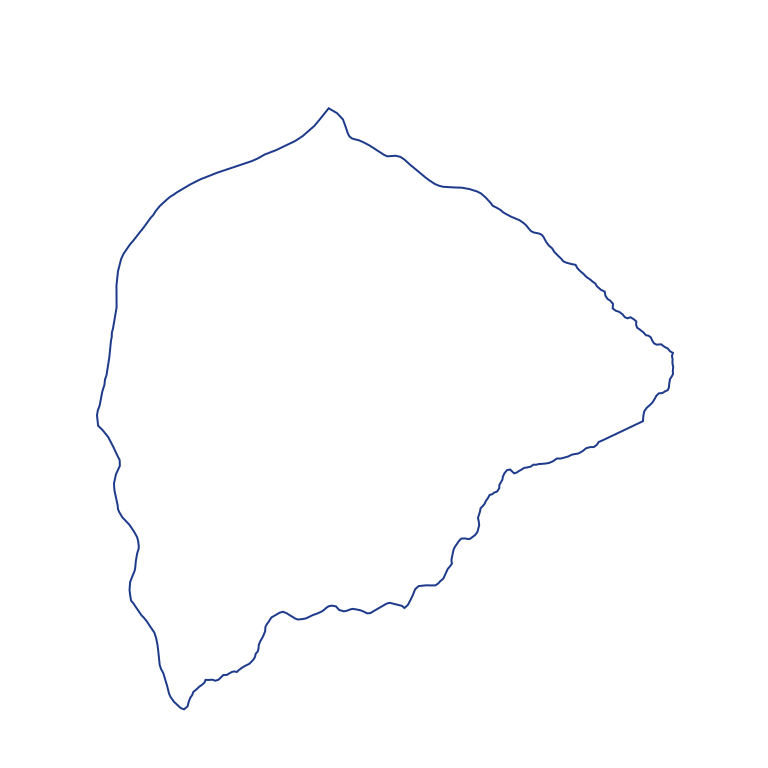 Aparecida do Taboado, Mato Grosso do Sul, Brazil (Natural Earth projection), rotated 169°
{"feature_id": "56859067B67152949964175", "entity_name": "Aparecida do Taboado", "entity_type": "district", "adm_level": 2, "iso_a3": "BRA", "parent_name": "Brazil", "parent_adm1": "Mato Grosso do Sul", "projection": "natural_earth1", "projection_center": [-51.332, -20.072], "detail": "fine", "context": "isolated", "style": "outline", "palette": "blue", "viewbox_px": 768, "rotation_deg": 169, "n_neighbors": 0, "source": "geoboundaries", "source_scale": "gbopen_adm2", "svg_char_len": 4609}
<svg xmlns="http://www.w3.org/2000/svg" viewBox="0 0 768 768"><g transform="rotate(169 384 384)"><path d="M642.4,102.8L638.4,105.0L636.3,109.3L634.1,112.9L631.7,115.2L629.8,118.2L626.4,120.0L623.1,122.1L619.7,123.6L617.1,125.3L615.6,127.6L612.5,126.9L608.9,126.5L606.2,124.9L602.9,125.3L600.5,126.8L597.2,129.0L593.8,128.4L591.2,129.4L588.5,130.3L586.0,130.5L583.4,129.4L581.2,130.8L577.3,132.7L573.7,133.9L569.5,135.1L566.4,137.2L564.4,138.7L562.6,140.9L561.4,143.7L559.1,145.4L557.6,148.4L556.7,151.7L554.7,154.9L551.8,158.2L550.1,160.5L547.9,163.9L546.7,168.2L545.0,170.4L542.4,172.8L539.1,176.3L536.4,177.2L533.6,178.2L530.1,179.4L526.7,179.7L523.2,177.5L520.4,174.8L518.1,172.8L516.3,171.0L513.7,169.3L508.9,168.8L505.5,168.8L501.8,169.7L498.2,170.7L493.5,171.4L488.8,172.5L486.3,173.5L483.1,175.4L480.7,176.4L477.5,176.4L473.6,174.9L471.1,170.7L466.8,168.5L463.8,168.5L460.5,169.1L457.9,169.3L454.4,168.1L450.0,166.2L447.1,164.3L444.4,162.1L441.2,161.7L437.3,163.1L423.4,167.9L420.1,168.1L408.7,162.8L406.7,160.2L402.7,162.6L398.9,167.3L395.9,171.4L392.6,176.6L388.5,179.0L381.5,178.4L372.1,176.5L368.9,177.8L366.6,179.6L362.9,181.6L358.7,187.5L356.7,190.3L353.4,192.9L351.6,194.8L351.4,198.4L349.8,202.3L348.4,205.7L346.7,209.1L344.8,211.3L342.5,213.5L340.3,215.7L337.6,217.5L334.1,217.0L331.7,216.0L329.4,215.5L326.1,217.0L323.2,218.5L320.5,221.0L319.2,223.7L317.5,227.2L317.2,231.6L317.3,234.7L315.6,237.7L314.2,240.3L312.9,243.6L310.4,245.3L308.1,247.2L306.2,249.9L304.0,251.9L301.4,255.0L299.0,255.1L296.5,256.4L293.6,256.8L290.9,259.5L289.9,263.1L288.0,265.2L286.1,267.4L285.0,270.3L283.0,273.2L279.7,276.0L276.5,276.0L275.0,273.8L273.4,271.5L270.7,271.7L268.2,272.8L265.2,273.8L262.5,274.9L260.0,274.8L255.8,274.9L252.7,276.3L250.0,275.7L247.3,275.9L244.3,275.5L240.7,275.1L237.3,275.0L232.8,275.9L228.6,277.9L224.8,277.1L220.6,277.4L217.1,277.7L213.0,278.8L210.6,278.8L206.3,278.7L201.5,280.4L197.8,282.4L193.6,282.7L190.1,282.1L186.9,283.5L184.3,286.1L180.9,286.8L136.9,298.1L135.4,303.5L133.7,307.6L130.5,310.6L127.0,312.6L123.8,314.8L120.8,318.1L119.0,320.4L116.0,322.4L112.4,322.0L109.4,323.2L106.7,323.8L105.1,326.0L103.8,330.2L102.4,334.1L100.3,336.3L98.5,338.5L98.0,341.7L96.9,345.4L96.9,349.3L96.0,353.3L96.0,356.7L94.4,359.3L96.9,361.5L98.6,364.6L101.6,367.0L104.4,370.1L108.9,370.6L111.2,372.4L112.4,375.5L113.2,378.9L115.2,381.0L117.6,381.9L119.3,384.9L122.2,388.3L124.8,391.0L125.2,394.1L124.4,397.3L126.7,400.2L129.4,402.5L132.4,402.0L134.8,403.6L136.5,406.8L139.2,409.8L142.6,411.8L145.1,414.5L143.9,419.0L146.0,422.6L148.3,424.8L149.8,428.4L149.7,432.6L153.1,435.1L156.3,439.2L157.4,442.3L159.7,444.7L161.8,447.4L164.1,449.6L165.7,451.7L167.3,454.2L169.1,456.4L170.8,458.7L172.2,461.1L173.2,464.4L176.9,465.9L181.5,468.1L184.5,470.1L186.1,473.1L188.1,475.9L189.8,478.4L191.6,481.1L193.1,485.1L195.9,488.7L197.7,492.5L199.3,497.7L200.5,500.2L202.7,501.9L205.2,503.0L208.4,504.3L210.7,506.3L212.6,509.6L214.4,513.0L216.2,515.3L219.7,518.9L227.6,524.2L230.7,526.7L234.2,529.7L236.6,532.8L240.3,536.0L243.4,538.3L244.5,541.0L248.8,547.9L252.6,552.7L255.9,555.2L263.0,559.1L270.3,561.9L277.0,563.4L283.3,565.0L288.3,566.3L292.5,568.3L296.0,570.7L300.4,575.0L303.7,578.6L313.1,590.1L316.5,594.2L321.1,600.4L324.7,603.9L329.3,605.9L333.1,606.3L337.4,606.9L340.3,609.0L352.8,621.0L358.6,625.6L362.4,628.2L366.5,630.0L368.7,631.3L370.6,633.5L371.6,636.4L372.1,640.1L372.5,643.2L373.8,651.5L378.4,658.8L385.7,665.2L396.2,656.3L403.2,650.6L416.5,642.9L424.8,639.5L445.6,634.1L457.1,632.1L465.2,629.4L471.5,628.0L507.1,623.3L521.6,620.6L524.1,620.2L528.3,619.1L536.3,616.8L551.1,611.5L554.3,610.0L558.0,608.7L561.8,606.6L570.1,601.5L575.1,597.3L578.5,593.7L581.2,591.8L588.1,585.3L592.1,581.7L594.2,580.0L603.2,572.2L606.6,569.6L614.9,561.4L618.1,557.0L623.6,545.5L627.8,531.8L631.9,510.2L639.5,490.0L641.3,486.5L642.2,482.5L644.0,477.8L648.4,463.0L654.8,445.4L656.9,441.9L658.7,436.3L661.9,430.5L667.3,417.0L670.0,412.6L671.7,408.1L672.6,397.6L669.0,392.4L664.8,384.4L661.6,373.5L659.6,365.4L658.0,359.8L658.9,354.1L664.3,346.6L668.0,338.0L668.6,334.0L668.9,330.4L668.6,316.1L669.0,312.0L668.4,308.9L666.2,302.9L660.7,294.3L657.4,286.4L655.6,280.8L655.3,277.0L655.6,272.1L656.2,269.3L658.7,264.6L661.4,257.5L663.3,251.0L664.4,248.3L668.9,241.4L671.0,238.0L673.1,230.4L673.5,224.9L673.6,219.6L671.8,216.4L670.6,213.4L667.7,206.7L666.1,203.1L664.3,200.4L662.1,196.2L659.6,190.1L656.9,183.9L656.2,178.6L656.1,171.4L656.5,165.6L657.8,150.9L657.2,146.6L655.8,142.2L654.5,129.1L654.1,121.3L653.3,117.7L650.8,112.1L645.3,104.6L642.4,102.8Z" fill="none" stroke="#1e3a8a" stroke-width="2"/></g></svg>